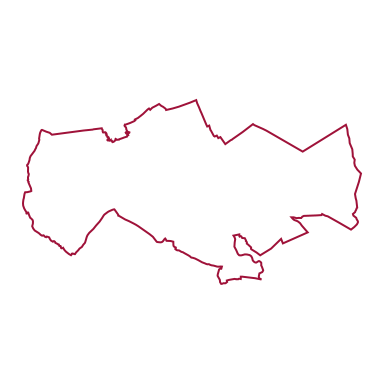 Manesti, Dâmbovita, Romania (Equal Earth projection)
{"feature_id": "2599482B57698310320107", "entity_name": "Manesti", "entity_type": "district", "adm_level": 2, "iso_a3": "ROU", "parent_name": "Romania", "parent_adm1": "Dâmbovita", "projection": "equal_earth", "projection_center": [25.283, 44.948], "detail": "fine", "context": "isolated", "style": "outline", "palette": "rose", "viewbox_px": 384, "rotation_deg": 0, "n_neighbors": 0, "source": "geoboundaries", "source_scale": "gbopen_adm2", "svg_char_len": 5881}
<svg xmlns="http://www.w3.org/2000/svg" viewBox="0 0 384 384"><path d="M221.2,283.9L222.0,283.8L223.6,283.2L224.9,283.3L225.6,283.2L227.1,282.0L226.9,281.4L226.8,280.5L229.0,279.9L234.6,278.9L235.7,279.1L236.2,279.3L236.8,279.1L238.0,279.3L238.7,278.8L239.8,278.8L240.7,279.0L240.8,278.0L240.8,276.7L242.4,276.7L255.1,278.2L261.5,279.5L260.0,278.7L259.1,278.0L258.8,276.5L259.4,273.4L262.2,272.1L262.7,271.4L263.2,270.3L261.8,266.5L261.2,265.4L261.3,264.1L261.2,262.7L260.5,261.9L259.3,261.1L258.6,261.1L256.4,262.5L255.4,262.5L254.4,262.1L252.8,260.5L252.2,258.1L251.3,256.3L249.7,255.1L247.0,254.5L244.8,254.4L241.6,255.3L240.0,255.4L239.1,255.2L237.8,253.8L236.3,250.3L234.4,246.7L234.7,242.4L235.2,239.2L234.6,237.4L233.5,235.6L239.3,234.4L239.4,236.3L239.6,236.6L240.5,236.1L241.3,236.4L242.2,238.0L244.8,238.2L246.0,240.5L245.9,241.1L246.5,241.6L246.9,242.5L246.8,243.6L248.0,244.5L251.1,247.4L251.0,248.7L251.2,249.2L256.7,252.6L260.2,255.3L271.1,248.6L281.1,238.9L282.9,243.4L307.7,232.4L301.8,225.6L300.1,223.2L298.5,221.9L297.5,221.2L294.3,220.0L293.6,219.5L292.6,218.6L291.5,217.3L293.6,217.3L296.7,218.2L298.4,217.9L301.2,218.0L302.4,216.6L303.9,215.9L316.7,215.4L321.5,215.1L322.1,214.0L325.3,215.7L327.7,216.3L338.9,222.6L351.0,229.6L354.3,227.0L356.9,224.4L357.9,222.5L357.9,221.3L356.6,219.1L356.2,217.8L353.4,215.6L352.9,214.0L355.1,212.1L355.4,211.1L356.2,209.7L356.6,208.3L357.2,207.7L356.4,200.7L355.7,198.2L355.0,194.0L358.9,181.9L361.0,173.5L357.3,169.6L354.9,165.8L354.3,162.9L354.7,159.6L352.8,156.5L352.7,153.7L352.3,149.3L349.7,143.1L349.3,138.4L347.9,134.7L347.3,129.1L345.9,124.8L302.7,151.6L266.5,130.7L263.1,129.0L254.3,125.1L253.0,124.1L242.7,132.0L232.4,139.2L231.9,139.7L230.7,140.2L225.3,144.1L220.4,137.1L218.3,138.1L216.8,135.6L214.7,136.5L214.1,136.1L213.8,135.9L211.0,130.7L210.7,130.3L210.5,130.1L209.2,125.6L207.2,126.5L206.2,124.4L201.5,113.2L200.5,111.0L199.0,107.3L197.2,103.3L196.2,100.1L189.9,102.7L178.8,106.7L172.6,108.5L166.1,110.0L165.8,109.0L164.8,108.1L162.9,106.7L161.3,105.9L159.1,104.0L155.8,105.9L152.3,107.7L150.2,109.8L149.0,108.5L147.6,109.5L143.1,113.9L137.9,118.0L134.9,119.5L135.3,120.3L134.1,121.2L130.1,123.0L125.3,124.7L124.9,124.6L124.5,125.5L124.6,125.9L125.0,126.5L125.5,126.9L126.0,127.5L126.2,128.3L126.3,129.4L127.0,130.8L127.0,131.1L127.3,131.4L128.3,132.0L129.4,132.3L129.4,132.6L128.1,133.8L127.1,133.1L126.2,132.1L125.7,132.6L126.0,133.2L126.5,133.7L128.0,134.9L128.2,135.2L127.1,135.9L127.1,136.3L127.0,136.6L123.8,137.6L122.9,138.0L119.4,139.2L119.2,139.5L118.6,139.5L118.0,139.8L116.9,139.7L115.6,138.9L115.4,139.2L115.6,139.9L115.6,140.2L114.6,140.9L114.2,141.4L113.7,141.6L113.4,141.9L112.7,141.8L112.4,142.0L112.2,141.7L112.0,141.1L111.9,140.8L111.3,140.8L111.0,140.7L110.9,140.5L110.8,139.8L109.5,140.7L108.9,140.6L108.4,140.2L107.7,140.4L107.4,140.1L107.5,139.6L108.7,139.0L109.0,138.6L109.0,138.3L108.6,137.6L108.6,137.4L108.4,137.2L108.0,137.2L107.8,137.4L107.5,137.3L107.4,137.1L107.5,136.9L107.8,137.0L107.8,136.7L107.0,135.9L106.5,135.7L106.2,135.0L106.3,134.7L106.6,134.6L106.7,134.4L106.4,133.9L106.0,133.7L106.3,133.3L105.9,132.7L105.4,132.3L105.0,132.2L103.6,132.5L103.0,132.4L102.7,131.5L102.6,130.9L102.7,130.6L102.6,130.0L102.3,129.4L101.8,128.9L101.7,128.3L93.6,129.3L92.6,129.6L83.7,130.5L51.9,134.7L49.7,132.8L46.3,131.7L42.0,129.9L41.6,130.0L41.4,130.2L40.7,131.5L40.1,132.9L39.8,134.1L39.1,138.6L39.1,138.9L39.3,139.5L39.3,140.0L38.4,143.2L37.9,144.1L36.7,145.8L36.3,146.8L36.0,148.0L35.3,149.2L34.5,150.9L30.5,156.2L29.8,158.0L29.5,160.1L28.5,163.1L27.9,164.3L27.3,164.7L27.1,165.3L27.2,166.0L27.7,166.5L28.1,167.6L28.0,171.6L28.3,173.1L28.6,173.5L28.8,174.1L28.6,175.2L28.3,176.5L28.0,177.0L28.0,178.4L28.2,179.5L28.1,179.8L27.7,180.2L27.9,180.8L28.7,181.9L28.4,182.4L31.0,188.4L31.3,191.0L30.8,191.3L27.1,192.2L26.0,192.2L25.1,192.3L24.5,194.0L23.8,198.3L23.4,199.7L23.1,202.0L23.0,203.4L23.2,205.7L24.2,208.5L24.9,209.7L25.3,210.5L26.0,211.5L26.4,212.4L26.5,212.8L26.4,213.3L26.5,213.5L26.9,213.5L27.6,212.9L28.0,212.5L28.3,212.8L28.9,214.6L29.9,217.1L30.4,218.0L31.2,218.5L32.2,219.6L32.7,220.2L32.9,221.1L33.0,222.1L32.9,222.5L32.9,223.6L32.2,226.2L33.2,228.5L34.7,230.5L38.8,233.1L39.9,234.1L40.6,234.8L41.9,235.6L42.2,235.7L43.3,235.3L43.7,235.4L44.9,236.7L46.1,237.2L46.6,236.6L47.7,236.8L49.2,237.4L49.6,238.5L50.9,240.5L52.9,241.7L53.8,241.1L54.2,241.2L54.6,241.5L55.1,242.0L55.3,242.6L55.4,242.9L56.1,243.2L57.5,243.9L57.7,244.2L58.0,244.4L58.7,244.4L58.9,244.6L59.1,245.5L59.3,245.9L59.9,246.1L60.1,246.0L60.5,246.0L60.9,246.9L60.9,247.5L61.0,247.8L61.3,248.2L61.6,248.3L62.1,248.2L62.7,248.1L63.1,247.8L64.5,250.1L66.0,251.7L68.9,254.0L71.0,255.2L71.8,254.2L71.9,253.7L72.8,253.5L73.3,253.8L74.1,253.9L74.5,254.1L75.0,254.1L76.1,252.4L78.0,250.5L79.0,249.3L79.1,249.1L79.5,248.6L81.9,246.9L83.3,244.7L84.9,242.9L85.3,241.9L86.7,237.1L87.4,235.4L89.2,232.9L93.4,228.9L96.1,225.5L99.6,221.6L102.1,218.0L103.7,215.4L104.5,214.5L107.8,212.0L109.0,211.3L112.4,209.8L114.2,209.3L114.4,209.4L115.0,210.2L118.0,214.4L118.3,214.9L118.2,215.6L119.4,216.1L125.2,219.5L128.9,221.1L133.8,223.6L136.0,224.8L138.4,226.3L149.5,234.1L152.9,236.8L156.5,241.5L157.1,242.0L158.0,242.1L159.8,242.3L161.0,242.3L162.0,242.0L162.9,241.3L164.5,239.1L165.2,238.5L165.6,239.0L166.5,240.8L170.6,241.0L173.3,241.7L173.4,245.0L173.6,246.0L174.4,246.9L175.8,247.5L175.9,248.0L175.3,249.0L176.2,249.8L177.2,250.3L178.9,250.4L179.4,250.6L181.3,251.8L183.0,252.3L184.3,253.1L188.1,255.2L189.9,256.3L190.9,257.3L191.5,257.6L192.8,257.8L195.0,258.5L198.4,260.2L202.1,262.3L205.0,263.4L206.3,264.0L207.5,264.3L208.7,264.2L209.5,264.4L210.0,264.8L211.5,265.3L213.6,265.6L217.1,266.6L218.6,266.7L220.7,266.5L221.9,266.6L221.3,268.7L220.7,268.6L220.3,268.6L219.1,269.5L218.5,271.7L217.8,274.2L217.6,275.8L218.0,276.6L219.8,279.8L220.1,282.2L221.2,283.9Z" fill="none" stroke="#9f1239" stroke-width="2"/></svg>